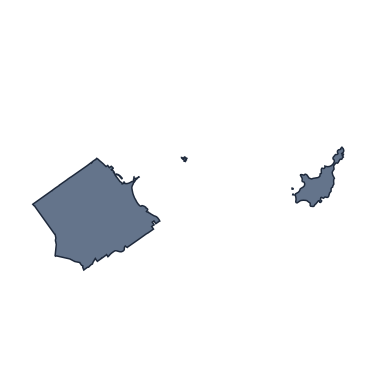 outline of Cockburn, Western Australia, Australia, rotated 145°
{"feature_id": "25037944B92381930700505", "entity_name": "Cockburn", "entity_type": "district", "adm_level": 2, "iso_a3": "AUS", "parent_name": "Australia", "parent_adm1": "Western Australia", "projection": "equal_earth", "projection_center": [115.746, -32.084], "detail": "fine", "context": "isolated", "style": "filled", "palette": "slate", "viewbox_px": 384, "rotation_deg": 145, "n_neighbors": 0, "source": "geoboundaries", "source_scale": "gbopen_adm2", "svg_char_len": 5604}
<svg xmlns="http://www.w3.org/2000/svg" viewBox="0 0 384 384"><g transform="rotate(145 192 192)"><path d="M340.7,218.3L340.5,217.9L340.5,217.6L339.9,217.5L339.5,217.2L330.5,207.3L327.9,202.3L324.4,198.6L324.5,198.5L324.5,195.3L323.8,194.2L324.0,193.8L324.7,193.0L325.4,190.2L320.8,190.3L320.1,189.8L319.6,189.8L316.9,190.3L315.2,190.3L314.9,190.1L313.5,191.1L312.1,191.8L309.3,193.0L309.3,192.5L309.4,192.4L309.4,191.2L309.3,189.5L305.4,189.5L304.7,189.6L304.8,189.5L301.7,189.5L298.4,189.6L297.9,189.7L298.0,187.2L297.0,187.3L294.5,187.9L293.6,188.0L292.3,188.1L289.1,188.1L288.4,187.8L287.8,187.3L287.3,186.8L285.6,184.7L284.9,184.1L284.4,183.7L284.0,183.5L282.7,183.2L281.8,183.2L281.3,183.3L281.0,183.4L280.3,183.9L279.6,184.9L279.2,185.3L278.8,185.6L277.7,186.0L277.6,185.5L276.8,183.7L276.5,183.8L263.0,183.8L253.7,183.9L252.1,183.8L251.9,183.7L244.8,183.7L244.8,184.2L244.8,186.9L242.3,186.9L242.1,186.8L241.9,186.8L241.9,190.1L239.8,190.1L239.8,186.8L235.3,186.8L235.1,186.7L234.9,187.4L234.9,188.3L234.9,189.1L234.9,190.0L235.0,190.9L235.2,191.7L235.5,192.5L236.3,193.7L236.7,194.2L237.5,195.9L238.3,197.6L238.5,198.4L238.7,198.5L239.3,199.9L239.2,200.1L239.2,200.4L239.4,200.8L240.0,201.0L240.3,201.5L240.5,202.2L238.5,202.8L238.2,203.5L238.4,204.6L238.9,205.5L238.6,205.9L239.2,207.5L240.3,209.1L240.9,209.6L241.9,209.6L242.4,210.1L242.6,210.7L242.9,212.0L243.0,213.2L243.0,215.2L242.9,216.0L242.6,218.4L242.5,219.9L241.8,222.9L241.2,224.9L239.8,228.1L239.4,228.9L239.1,229.6L238.6,230.3L237.5,231.3L236.0,232.1L235.6,232.3L234.7,233.1L234.4,233.0L233.4,233.3L231.8,233.9L231.5,234.1L230.6,234.4L229.9,234.3L228.7,234.6L227.7,234.7L226.8,234.6L226.8,234.9L226.8,235.0L227.1,235.1L227.3,234.9L227.7,234.8L228.8,234.9L229.1,235.0L229.9,235.3L230.7,235.6L231.2,236.0L231.6,236.4L231.3,236.8L231.0,237.3L230.9,237.6L231.0,237.6L231.5,236.8L231.8,236.3L232.6,236.0L232.7,235.8L232.9,235.0L233.2,234.9L233.4,234.7L234.5,234.8L235.0,235.0L235.1,234.9L235.8,235.1L236.9,235.2L238.3,235.4L239.9,235.9L241.1,236.6L241.7,237.1L242.0,237.6L241.8,238.9L242.0,239.0L242.0,238.9L242.6,239.6L242.0,238.7L242.1,238.0L242.2,237.9L242.3,237.8L242.5,237.9L242.5,238.1L243.7,238.5L243.8,238.7L244.1,238.5L244.4,238.6L244.6,238.8L244.2,239.2L244.1,239.4L245.1,242.2L245.0,242.9L245.2,247.2L245.3,249.6L245.0,249.7L245.0,249.8L244.4,249.8L243.9,249.6L242.7,248.1L242.2,246.3L242.3,244.9L241.9,243.1L241.3,243.3L241.3,243.6L241.6,246.2L242.3,248.4L243.6,250.1L244.3,250.4L245.0,250.4L245.0,251.4L244.9,252.2L244.9,252.9L244.9,253.1L244.7,253.1L244.4,253.0L244.4,253.5L244.5,255.4L244.8,255.4L245.3,256.0L245.3,256.6L243.0,256.6L242.9,256.7L242.9,257.5L243.4,259.4L245.8,259.4L245.8,262.1L247.8,262.1L248.3,264.5L248.4,265.4L248.9,267.5L249.5,269.9L249.8,270.8L250.0,272.2L250.2,272.9L250.3,273.0L250.4,273.3L250.6,273.8L250.7,274.2L251.2,274.1L251.7,274.0L252.2,274.0L252.3,273.8L253.3,274.0L256.2,274.0L256.6,273.8L256.9,273.8L256.9,273.5L257.3,273.5L257.8,273.4L257.8,273.9L263.0,273.7L282.5,273.7L282.9,273.8L286.9,273.8L287.1,273.7L296.9,273.7L297.0,273.5L300.6,273.6L303.0,273.6L305.6,273.5L305.7,273.4L305.8,273.5L329.5,273.3L329.3,271.5L328.9,270.7L329.0,270.6L328.7,236.1L328.4,235.9L329.9,232.4L330.3,232.0L331.3,231.1L331.8,230.4L332.0,230.1L332.2,229.2L332.7,228.3L333.2,227.0L333.4,226.7L340.7,218.3ZM101.7,115.4L101.7,114.9L102.9,113.2L103.0,112.4L101.7,111.1L100.8,110.5L99.8,110.5L98.5,111.2L97.4,111.2L93.4,112.3L92.8,111.9L93.3,110.4L92.8,109.8L92.0,109.8L90.9,110.3L91.1,111.3L91.0,112.3L89.7,113.5L89.2,113.5L87.9,111.5L85.9,111.6L84.5,110.1L83.8,109.8L82.7,110.0L79.8,112.3L77.7,112.8L76.1,115.0L75.3,115.4L74.0,115.4L73.1,116.3L71.3,117.1L69.9,119.5L68.7,121.0L67.5,121.5L67.0,125.1L66.1,127.4L65.3,128.1L62.5,129.3L61.0,132.2L57.7,133.2L57.1,133.0L56.5,132.3L55.7,132.2L52.2,133.8L51.7,133.8L50.6,132.9L49.4,133.6L48.0,133.8L48.1,135.5L46.8,135.5L46.2,136.1L46.5,136.8L47.4,137.1L47.4,137.6L45.2,137.8L44.3,138.4L43.7,139.2L43.3,140.7L43.5,142.7L45.1,142.4L45.8,141.7L47.8,142.5L49.1,142.3L50.0,141.4L50.3,139.8L50.7,139.5L51.6,139.5L53.0,140.4L56.6,139.4L57.5,138.3L57.2,136.7L57.7,135.6L58.6,134.8L60.8,133.9L62.8,133.7L64.9,134.1L66.6,135.1L68.3,137.0L68.9,135.9L70.1,135.5L70.7,135.7L71.7,136.9L72.1,137.0L73.2,136.3L75.2,133.3L75.8,133.1L76.5,133.4L78.4,131.5L80.4,131.5L85.0,133.7L86.6,134.1L88.1,136.2L88.1,140.2L88.5,141.0L89.1,141.7L90.6,141.6L92.2,143.4L93.1,143.9L93.6,143.5L93.9,140.2L94.4,139.2L95.4,138.1L95.6,137.3L94.6,135.9L94.6,135.3L94.9,134.2L95.7,133.2L96.5,132.6L97.9,132.3L101.4,132.5L103.4,131.2L105.0,130.8L108.1,131.1L109.3,130.0L110.0,128.0L111.0,126.3L112.7,124.4L112.7,123.4L112.1,122.8L108.2,122.7L107.7,122.6L107.4,122.5L107.1,122.2L106.4,121.9L105.5,121.4L104.4,120.5L103.9,120.1L102.9,119.1L101.7,115.4ZM179.6,221.2L179.6,221.4L179.0,221.7L179.1,221.8L178.9,221.9L178.7,221.9L178.6,222.0L178.2,221.8L178.1,221.7L177.9,222.0L177.7,222.2L177.8,222.3L177.7,222.4L177.4,222.3L176.9,222.5L177.1,222.8L177.2,223.0L177.3,223.2L177.5,223.2L177.7,223.7L177.8,223.7L178.0,223.7L178.2,223.8L178.2,224.0L177.7,224.5L177.9,224.9L178.2,225.0L178.6,224.6L179.2,224.8L179.5,224.6L179.6,224.4L180.0,224.7L180.0,225.1L180.3,225.4L180.4,225.9L180.8,226.3L181.0,226.0L180.9,225.2L180.8,224.7L180.8,224.4L180.5,223.9L180.5,223.5L180.3,222.7L180.2,222.2L180.2,221.9L180.3,221.8L180.6,221.9L180.8,221.7L180.6,221.5L179.9,221.1L179.9,220.9L179.5,221.0L179.6,221.2ZM107.8,137.8L108.4,137.1L107.9,136.5L107.4,136.4L107.2,136.6L107.3,137.3L107.8,137.8ZM110.7,132.4L111.1,132.0L110.2,131.2L110.0,131.7L110.3,132.2L110.7,132.4Z" fill="#64748b" stroke="#1e293b" stroke-width="1.5"/></g></svg>